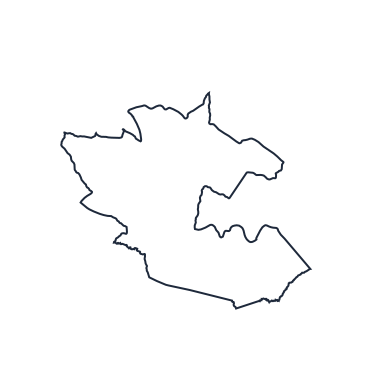 Turkana South, Rift Valley, Kenya (Mercator projection), rotated 298°
{"feature_id": "3690345B86728655085245", "entity_name": "Turkana South", "entity_type": "district", "adm_level": 2, "iso_a3": "KEN", "parent_name": "Kenya", "parent_adm1": "Rift Valley", "projection": "mercator", "projection_center": [35.73, 2.378], "detail": "fine", "context": "isolated", "style": "outline", "palette": "slate", "viewbox_px": 384, "rotation_deg": 298, "n_neighbors": 0, "source": "geoboundaries", "source_scale": "gbopen_adm2", "svg_char_len": 6080}
<svg xmlns="http://www.w3.org/2000/svg" viewBox="0 0 384 384"><g transform="rotate(298 192 192)"><path d="M109.8,285.6L127.0,302.1L127.4,303.1L128.1,302.8L129.0,304.1L129.4,303.8L129.9,303.9L130.3,303.7L130.6,304.5L131.4,304.9L131.7,306.6L132.2,307.2L131.8,307.6L132.3,308.0L131.4,309.1L131.6,309.8L132.4,309.8L132.4,310.0L131.9,310.5L131.7,311.3L131.2,311.5L131.0,311.8L131.7,311.8L132.1,312.7L133.5,313.3L133.5,314.3L134.1,314.6L134.1,315.4L134.5,315.6L135.0,316.5L135.6,316.4L135.4,316.8L135.6,317.1L136.1,317.2L136.1,317.5L136.5,317.8L136.0,318.9L136.3,319.2L136.7,319.1L136.7,319.6L137.1,319.4L137.8,319.7L140.4,319.0L141.0,319.4L141.6,319.4L142.1,320.0L143.0,320.2L143.9,320.3L144.3,320.0L144.9,319.9L146.6,320.2L147.4,319.8L149.5,320.6L150.0,320.4L150.6,321.0L151.1,321.1L151.6,320.6L152.7,320.6L153.2,320.9L154.5,321.1L156.8,320.3L157.2,320.6L157.6,320.6L158.8,322.3L159.5,322.5L159.8,322.9L160.9,322.8L161.8,323.3L162.1,323.1L164.0,323.8L165.9,324.2L166.6,324.8L168.1,324.9L170.1,326.6L170.7,326.5L171.7,327.1L172.4,327.1L173.3,328.8L174.5,329.2L175.8,330.3L179.2,332.1L179.6,332.6L194.3,295.6L196.0,290.4L198.2,286.4L199.4,285.2L199.8,284.5L199.8,283.2L198.6,280.4L198.0,278.3L197.7,276.2L197.6,273.9L197.3,272.7L196.8,272.1L196.0,271.6L193.9,270.7L189.9,270.3L181.8,270.4L181.0,270.6L180.3,271.2L178.6,270.4L177.3,269.5L176.3,268.7L175.4,267.5L175.1,266.4L175.2,265.1L175.9,262.6L177.3,260.3L178.8,258.6L182.1,255.7L183.1,254.5L183.8,253.4L184.2,252.0L184.4,249.4L183.6,247.1L182.3,245.3L180.8,243.8L179.0,243.1L177.7,243.1L176.2,243.5L175.1,243.1L174.7,242.7L173.7,240.2L172.8,239.5L171.8,239.4L167.1,240.2L165.7,239.2L165.5,238.6L165.8,237.4L168.6,234.4L169.7,231.3L171.9,228.5L172.4,226.5L172.4,225.2L172.0,224.2L171.3,223.4L166.9,220.6L163.2,217.5L161.6,215.4L160.7,212.0L162.0,211.0L163.8,210.1L166.8,209.7L168.6,208.4L169.8,208.2L170.5,207.7L171.1,207.6L174.0,208.0L176.0,207.6L177.5,206.8L179.6,205.2L181.0,204.8L183.4,203.6L184.9,203.4L187.8,203.7L190.6,201.7L192.4,201.4L194.0,201.8L196.9,200.8L197.4,200.2L197.9,199.9L199.0,199.8L200.2,200.3L201.8,200.0L203.3,200.8L204.0,202.3L203.7,203.6L204.3,205.3L204.4,206.1L203.0,208.7L202.6,211.2L203.1,213.5L202.8,216.9L203.1,218.2L204.1,219.6L204.5,220.7L204.3,222.2L203.6,223.7L204.0,225.2L203.7,227.3L203.9,227.7L204.5,228.0L234.8,231.2L235.7,232.2L237.6,236.8L237.6,238.5L237.2,240.2L237.3,241.1L239.3,244.6L239.9,246.2L240.2,247.7L239.7,250.0L239.0,252.0L239.1,253.6L239.6,254.8L242.3,257.0L243.2,259.0L243.7,259.3L244.4,259.2L246.6,258.2L247.5,257.3L247.9,257.2L250.5,258.8L251.5,259.0L252.8,260.4L254.3,260.5L258.6,258.6L260.9,258.9L261.2,258.8L261.4,258.6L261.9,255.7L263.4,250.6L264.4,246.0L265.7,233.8L267.3,227.3L267.6,222.9L267.3,219.9L266.4,218.3L264.3,216.4L262.9,214.8L261.9,213.3L260.8,212.2L258.6,212.1L257.4,211.2L257.2,210.6L257.4,207.4L258.8,198.1L259.0,193.1L259.7,186.1L261.2,182.0L261.9,179.4L261.5,178.1L260.5,176.4L260.6,175.2L261.4,174.4L264.2,173.8L266.1,172.7L268.2,172.1L269.8,171.1L270.5,170.0L271.2,169.5L273.4,168.5L274.2,167.4L275.3,167.0L276.1,166.3L279.5,165.8L281.7,164.1L284.6,162.5L286.4,160.9L287.4,160.5L286.2,159.9L285.4,159.9L284.2,159.5L283.4,159.4L282.3,159.7L280.8,159.4L278.1,159.7L275.6,160.7L274.5,160.6L274.1,160.2L271.0,158.3L264.3,154.9L262.4,153.4L259.5,151.9L258.0,152.0L256.7,152.8L255.5,152.9L254.4,152.4L253.9,151.9L253.7,151.1L253.9,150.4L255.0,148.1L255.5,146.5L256.3,142.3L256.3,136.7L255.9,132.8L255.2,131.9L252.8,130.4L252.3,129.4L252.4,128.6L253.6,126.0L253.7,124.5L253.5,123.4L252.8,122.2L250.9,120.3L247.3,117.9L246.3,116.7L246.0,114.9L246.4,110.6L246.2,109.6L245.8,108.9L244.3,107.4L240.7,103.1L235.6,98.5L234.8,98.0L233.4,97.8L232.9,98.1L232.3,99.6L232.3,100.8L231.3,103.6L230.8,103.9L230.8,104.8L230.4,105.1L226.3,111.3L222.2,116.4L219.2,119.1L214.6,122.4L213.2,123.0L212.6,122.8L212.5,120.4L212.7,119.2L212.7,117.8L213.2,116.8L214.2,115.6L214.3,114.3L214.7,113.0L214.8,109.5L214.4,105.1L214.6,104.0L215.1,102.9L215.1,101.7L214.8,101.6L214.2,102.9L213.4,103.4L209.8,103.8L208.0,104.3L207.1,104.1L205.8,102.7L202.2,95.4L200.9,92.4L200.3,90.2L198.2,86.0L197.8,83.4L198.2,80.7L198.9,79.7L197.9,79.6L196.6,80.1L195.9,80.1L192.5,77.6L190.4,70.6L189.6,69.2L188.9,67.2L187.3,65.3L187.1,63.4L186.6,61.9L187.1,60.3L187.1,59.3L186.7,58.2L186.8,56.9L186.3,56.0L185.2,54.7L184.7,52.3L184.8,51.7L184.6,51.4L184.3,51.5L184.0,52.4L183.3,52.8L182.1,52.9L180.3,53.9L177.7,53.3L176.3,53.5L175.0,53.4L173.8,54.0L172.5,54.3L171.7,54.9L170.9,56.7L170.8,57.6L170.3,59.4L167.9,63.9L167.5,66.4L166.4,68.4L164.0,70.1L163.1,71.1L162.1,74.1L161.1,75.3L156.9,77.8L156.4,78.3L155.7,79.8L155.2,80.4L155.0,81.1L155.3,82.6L154.7,84.3L152.6,87.1L150.9,88.8L149.1,93.2L148.8,94.8L147.5,96.0L146.8,97.2L146.8,98.5L146.5,99.4L145.6,100.6L145.5,102.6L145.2,103.6L144.9,103.8L143.8,103.8L142.5,103.2L139.4,101.3L136.4,99.9L132.2,98.7L130.4,98.6L128.7,106.9L128.5,109.6L128.7,114.4L129.4,120.8L130.2,124.9L131.3,128.7L132.8,132.0L132.6,134.2L132.9,136.7L132.8,137.7L131.6,139.6L131.6,141.1L130.9,142.3L130.8,143.3L131.1,144.0L130.1,147.4L130.5,149.1L130.4,150.7L126.4,153.2L125.2,153.7L124.6,153.7L124.1,153.4L123.6,151.1L122.7,149.7L121.8,149.2L120.0,149.2L118.5,148.3L117.5,148.1L115.5,146.9L114.6,146.9L112.9,147.4L111.4,146.6L110.6,146.8L111.4,148.0L111.0,149.6L111.1,150.1L112.2,150.4L112.4,150.7L112.1,151.8L113.3,152.6L112.7,153.3L112.6,153.8L113.6,155.0L113.9,158.0L114.5,159.0L114.3,159.6L113.4,159.9L113.1,161.6L112.6,162.8L112.9,163.1L113.9,163.1L114.2,163.6L113.1,164.7L113.1,165.6L113.5,166.3L114.1,166.8L114.4,168.0L115.4,167.7L115.8,168.0L116.2,169.8L116.1,170.4L115.0,170.5L114.5,170.9L114.4,171.6L114.9,174.0L114.6,174.4L113.8,174.7L113.3,175.5L113.8,177.9L114.9,179.0L115.0,179.4L114.9,179.7L112.9,180.8L111.3,181.3L110.5,181.7L109.0,183.2L107.0,184.7L105.5,187.0L103.4,187.4L102.8,188.1L101.2,189.1L100.3,190.6L96.6,194.3L96.9,202.8L97.8,212.5L98.5,215.3L104.4,236.0L114.9,278.3L114.3,278.6L114.0,279.1L114.0,279.9L114.4,280.2L114.4,280.4L113.5,281.3L112.4,281.5L111.5,282.1L111.0,282.9L110.9,284.4L109.8,285.6Z" fill="none" stroke="#1e293b" stroke-width="2"/></g></svg>